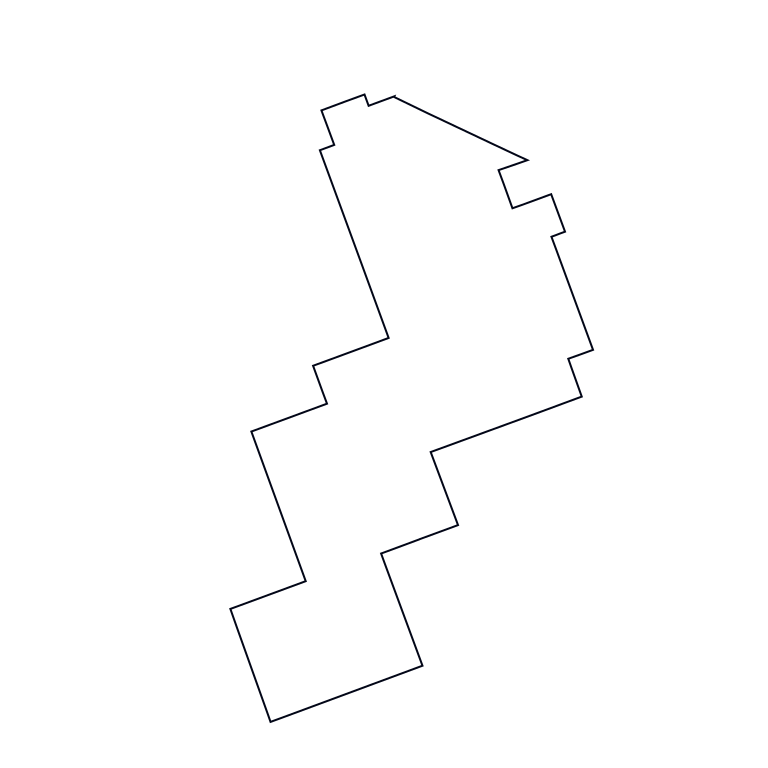 the district of Sargento Cabral, Chaco, Argentina, rotated 250°
{"feature_id": "61730980B7894377458839", "entity_name": "Sargento Cabral", "entity_type": "district", "adm_level": 2, "iso_a3": "ARG", "parent_name": "Argentina", "parent_adm1": "Chaco", "projection": "albers", "projection_center": [-59.491, -26.781], "detail": "fine", "context": "isolated", "style": "outline", "palette": "ink", "viewbox_px": 768, "rotation_deg": 250, "n_neighbors": 0, "source": "geoboundaries", "source_scale": "gbopen_adm2", "svg_char_len": 1054}
<svg xmlns="http://www.w3.org/2000/svg" viewBox="0 0 768 768"><g transform="rotate(250 384 384)"><path d="M344.6,592.1L450.0,591.8L450.7,591.8L465.1,591.7L465.1,596.0L465.2,600.9L465.2,606.2L505.2,606.0L505.1,574.7L505.2,564.8L530.9,564.9L545.8,564.8L545.4,585.7L545.3,595.3L553.5,587.0L572.7,567.9L621.8,519.3L622.8,518.3L650.3,491.6L650.8,492.1L650.7,464.7L662.7,464.7L662.7,445.2L662.5,418.8L658.6,418.8L645.5,418.9L625.7,419.0L625.6,403.7L586.0,403.8L585.2,403.8L504.1,404.0L426.2,404.1L425.7,404.1L425.5,366.1L425.4,337.5L425.4,323.6L420.9,323.6L397.4,323.6L385.0,323.7L384.7,245.4L384.7,243.1L225.9,243.0L225.5,243.0L225.2,166.6L225.2,162.7L223.4,162.7L205.0,162.5L145.2,162.1L113.0,161.9L105.3,161.8L105.3,172.0L106.1,320.2L106.1,323.8L106.7,323.8L215.5,323.3L224.4,323.3L225.7,323.3L225.8,347.4L225.9,360.5L225.9,363.4L225.9,363.7L226.0,364.7L226.1,405.3L304.1,404.6L304.2,484.2L304.2,484.3L304.2,484.5L304.3,523.3L304.5,560.4L304.5,565.5L336.1,565.7L344.7,565.8L344.6,579.1L344.6,592.1Z" fill="none" stroke="#020617" stroke-width="2"/></g></svg>